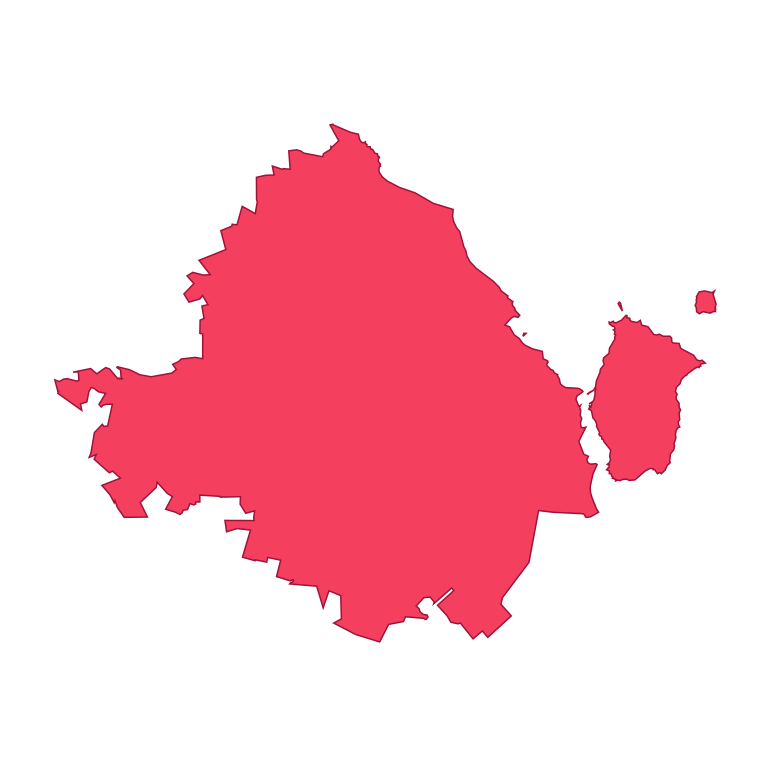 Hermosillo, Sonora, Mexico, rotated 182°
{"feature_id": "50627088B25746055261470", "entity_name": "Hermosillo", "entity_type": "district", "adm_level": 2, "iso_a3": "MEX", "parent_name": "Mexico", "parent_adm1": "Sonora", "projection": "robinson", "projection_center": [-112.148, 28.969], "detail": "fine", "context": "isolated", "style": "filled", "palette": "rose", "viewbox_px": 768, "rotation_deg": 182, "n_neighbors": 0, "source": "geoboundaries", "source_scale": "gbopen_adm2", "svg_char_len": 6103}
<svg xmlns="http://www.w3.org/2000/svg" viewBox="0 0 768 768"><g transform="rotate(182 384 384)"><path d="M165.0,263.4L167.3,266.6L172.4,278.3L173.8,282.8L174.4,288.1L172.1,301.1L168.2,310.9L169.3,311.8L174.6,311.1L177.2,312.1L178.7,315.4L177.2,318.9L181.9,320.8L187.3,333.4L180.7,347.9L184.1,347.0L185.6,348.1L186.3,352.0L185.2,356.5L186.8,359.5L186.5,364.7L187.7,367.5L186.8,369.6L188.0,368.8L187.1,369.2L187.5,368.4L188.8,369.0L191.6,375.3L190.8,378.7L185.5,382.7L184.9,383.4L185.4,384.3L189.2,386.4L202.8,386.8L206.1,388.9L207.8,390.5L209.0,395.3L210.9,398.2L210.6,399.2L214.4,401.3L215.3,403.4L217.8,404.3L221.9,408.2L221.9,409.8L220.8,411.6L221.3,412.9L225.8,414.8L226.9,422.1L236.8,424.3L244.2,427.6L247.1,429.8L250.2,434.0L255.6,437.7L260.5,445.5L265.2,447.2L259.2,454.3L256.6,456.0L252.3,455.3L250.7,457.4L255.8,462.6L255.7,464.0L258.3,467.0L258.6,470.0L258.0,470.8L263.2,474.1L263.7,475.5L263.2,476.3L270.2,481.2L272.2,484.6L278.1,490.3L296.0,502.9L302.6,509.5L305.7,515.1L306.8,520.0L308.9,523.7L313.7,539.1L316.8,542.5L320.0,548.6L321.3,553.6L321.0,560.9L341.1,566.3L359.6,576.1L375.4,581.0L387.6,586.8L393.1,591.1L395.9,595.1L396.6,597.7L396.3,600.7L395.0,601.7L395.7,602.7L395.2,603.4L397.5,606.5L397.5,609.0L396.4,610.1L397.2,611.4L398.2,611.3L398.5,613.8L401.2,614.4L403.6,618.1L405.3,618.0L406.1,620.7L408.9,620.6L409.8,622.0L409.4,622.8L410.9,623.7L411.0,625.4L413.0,624.3L415.1,625.0L417.0,627.7L418.3,632.8L426.1,634.3L443.9,641.2L444.1,641.9L447.0,641.0L437.7,625.5L444.4,618.7L445.3,619.6L445.4,616.8L452.5,612.0L453.2,609.0L472.5,612.0L474.8,613.7L479.3,615.0L487.3,613.7L485.3,595.4L492.2,595.7L493.1,595.0L503.2,597.9L501.2,589.0L509.4,588.5L518.7,586.1L517.8,563.9L517.0,561.7L518.6,549.8L531.9,556.6L536.5,537.9L541.3,538.4L541.7,536.3L552.4,531.6L546.8,512.8L573.2,501.2L561.5,487.2L568.5,486.6L579.0,488.9L584.6,485.2L577.5,477.7L587.1,467.0L581.7,459.0L570.9,462.6L568.5,466.1L562.7,457.2L568.7,455.5L566.2,443.2L570.0,441.4L569.8,428.2L566.9,427.6L566.1,403.0L573.7,404.0L587.5,401.9L590.3,399.1L595.9,396.3L592.1,391.2L596.5,387.5L616.9,383.1L628.2,384.7L638.8,389.4L651.1,391.9L651.5,391.1L647.8,388.8L646.9,380.6L645.8,380.2L646.3,379.8L648.9,380.6L648.9,379.9L650.3,380.1L658.8,389.5L662.7,390.7L671.4,384.2L677.7,389.2L695.1,385.0L690.0,385.5L689.0,376.9L691.1,376.2L700.9,378.3L704.6,377.6L708.5,375.1L713.1,376.6L709.7,365.2L709.0,365.3L709.7,363.3L685.1,347.1L686.7,353.5L680.4,355.6L678.6,366.3L676.4,370.3L673.4,369.4L669.3,366.3L661.9,364.9L668.1,353.7L665.8,351.1L664.2,352.9L661.0,354.0L654.8,354.3L658.7,332.5L662.4,331.8L664.1,333.9L671.7,325.4L674.5,304.6L676.1,300.4L669.1,303.4L671.1,298.7L655.4,285.7L652.2,287.4L644.2,280.7L662.4,272.8L653.7,263.4L649.5,255.9L648.8,258.0L646.1,251.2L639.0,241.7L615.8,242.8L623.4,257.1L608.1,272.6L607.2,277.9L596.9,267.2L591.6,264.1L597.9,251.2L588.0,248.6L583.5,246.5L581.5,247.9L580.1,250.9L576.0,251.6L573.8,257.7L569.8,256.5L568.0,257.5L568.1,259.5L563.9,259.7L564.2,266.5L543.9,266.0L543.7,265.2L523.5,266.4L523.6,258.9L517.7,250.0L508.9,252.6L509.6,245.4L508.9,243.0L538.2,242.1L536.2,230.8L525.8,234.4L512.3,233.3L519.4,206.0L506.7,202.9L506.6,203.8L495.0,201.9L494.2,206.6L481.1,204.3L484.7,187.8L471.3,184.1L467.9,185.1L467.5,184.3L468.6,182.7L470.3,182.4L471.3,180.9L444.2,179.6L437.0,158.2L431.8,175.4L419.8,171.0L418.4,147.8L425.9,143.3L403.4,132.6L379.3,126.1L371.0,143.9L356.2,147.3L354.4,152.1L336.1,151.2L334.8,150.2L333.4,150.4L331.9,152.7L332.9,154.7L336.7,155.0L340.1,157.7L341.1,160.7L344.1,163.3L336.7,171.8L330.6,172.7L326.2,168.0L326.7,166.0L309.2,182.5L307.0,180.0L322.8,164.7L312.8,154.5L308.8,148.2L301.7,146.9L299.3,147.7L286.1,132.4L277.1,140.6L271.4,134.4L248.7,156.7L259.4,167.9L258.2,174.6L232.9,210.8L225.1,262.9L210.0,261.7L180.6,261.3L179.0,260.5L178.0,258.1L176.6,257.7L173.0,258.5L165.0,263.4ZM150.0,294.8L147.4,296.0L144.4,295.7L142.3,297.0L138.0,297.4L135.8,296.2L129.9,296.9L119.9,306.2L115.4,308.8L112.0,308.8L112.0,307.8L110.5,307.7L107.6,303.9L105.5,305.2L103.7,304.0L99.9,308.0L98.1,312.5L95.2,315.3L95.8,317.4L95.3,324.1L92.2,328.2L91.4,332.3L92.2,334.1L90.4,340.2L91.0,344.0L90.4,347.8L88.8,350.4L86.9,351.4L88.3,353.8L88.6,356.5L87.2,358.7L88.1,365.4L86.7,368.4L88.2,370.9L88.4,375.0L91.5,379.2L91.6,381.6L90.6,383.8L92.5,386.7L91.6,391.0L88.2,394.5L87.0,398.7L83.5,402.7L82.1,403.0L80.7,405.1L73.6,410.6L70.9,412.0L70.0,412.0L69.8,410.9L69.2,412.8L68.0,413.1L68.6,413.9L67.9,415.0L63.6,416.1L67.0,418.9L69.6,418.1L72.3,419.1L75.6,423.6L87.5,429.3L89.0,430.6L90.4,434.8L96.7,435.1L97.9,436.4L98.2,440.1L99.9,441.7L106.7,441.5L110.5,443.4L113.3,442.5L116.0,442.8L122.2,450.5L128.5,451.8L130.1,456.6L133.2,454.3L139.1,455.3L140.8,456.8L140.4,457.7L141.1,458.4L143.6,458.7L143.5,460.7L144.5,461.1L148.8,456.1L154.1,453.3L156.1,453.4L157.1,454.8L159.8,453.2L161.2,453.8L161.0,452.0L157.7,449.7L156.0,449.6L155.3,448.2L155.5,446.3L156.6,446.1L155.0,444.8L155.5,441.9L154.2,441.2L155.2,438.6L154.8,436.9L159.9,427.7L160.2,422.5L165.4,417.8L165.9,414.8L164.6,411.1L168.2,406.5L168.6,403.1L171.8,394.7L172.6,388.2L174.4,385.1L178.2,382.9L180.2,381.3L179.0,380.7L179.7,381.4L174.5,384.9L172.5,388.2L172.1,385.8L173.0,383.8L172.6,382.0L173.6,375.7L174.6,373.9L178.4,371.3L175.5,373.1L176.3,368.2L177.8,367.0L177.0,368.5L178.4,370.2L177.5,368.3L178.5,366.1L175.8,364.6L174.0,357.4L171.4,354.5L169.9,350.9L170.2,349.1L166.8,343.0L167.5,341.4L166.6,339.9L164.7,339.1L164.5,336.7L162.8,335.8L162.0,333.7L155.1,325.8L156.0,319.8L155.0,316.1L156.0,313.4L158.1,311.4L157.6,311.1L157.3,311.2L156.5,311.0L156.4,311.1L157.8,311.4L156.5,312.6L156.1,309.0L158.6,306.1L155.8,304.9L155.7,302.3L154.1,302.3L153.0,299.5L150.7,297.5L151.3,297.4L147.4,296.0L150.0,294.8ZM74.1,467.1L71.3,465.2L67.7,467.4L60.4,466.2L57.6,467.8L55.2,468.0L55.6,469.9L55.0,470.5L55.8,471.7L54.9,475.4L58.3,485.3L57.0,488.5L59.3,486.8L66.8,488.2L72.3,487.0L74.9,482.0L74.2,480.5L75.0,479.3L74.5,476.7L75.8,473.3L74.6,471.3L74.1,467.1ZM152.8,472.4L148.3,465.2L150.4,473.1L151.8,474.1L152.8,472.4ZM246.0,439.6L246.7,437.1L246.3,436.9L243.8,439.5L246.0,439.6Z" fill="#f43f5e" stroke="#9f1239" stroke-width="1.5"/></g></svg>